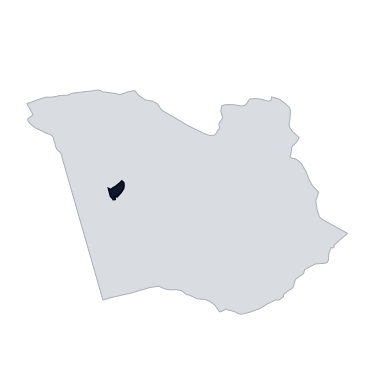 location of Kalungu within Uganda, rotated 74°
{"feature_id": "UGA-5620", "entity_name": "Kalungu", "entity_type": "District", "adm_level": 1, "iso_a3": "UGA", "parent_name": "Uganda", "parent_adm1": "", "projection": "orthographic", "projection_center": [31.834, -0.095], "detail": "fine", "context": "in_parent", "style": "filled", "palette": "ink", "viewbox_px": 384, "rotation_deg": 74, "n_neighbors": 0, "source": "natural_earth", "source_scale": "10m", "svg_char_len": 2656}
<svg xmlns="http://www.w3.org/2000/svg" viewBox="0 0 384 384"><g transform="rotate(74 192 192)"><path d="M271.3,307.4L266.0,307.4L257.4,307.4L248.8,307.4L240.2,307.4L231.5,307.4L222.9,307.4L214.3,307.4L205.6,307.4L197.0,307.4L188.4,307.4L179.7,307.4L171.1,307.4L162.5,307.4L153.8,307.4L145.2,307.4L136.6,307.4L127.9,307.4L122.8,307.4L121.8,307.2L121.1,307.0L117.8,307.6L114.5,309.8L110.9,310.6L107.1,310.3L106.6,310.5L104.6,310.5L101.8,310.3L99.3,310.9L97.4,312.8L95.4,315.9L91.9,319.6L89.1,322.9L86.8,325.2L81.4,329.0L78.4,330.1L77.0,329.9L76.1,329.2L74.4,324.3L73.4,323.6L62.9,326.1L61.3,326.1L61.5,324.6L60.7,313.2L60.6,306.2L61.9,301.8L62.7,296.7L62.8,292.3L64.7,284.7L64.0,280.1L66.5,264.2L67.1,261.6L68.1,253.9L69.7,251.5L71.0,250.6L72.8,245.9L76.3,238.3L78.6,234.5L78.1,226.0L78.5,220.2L79.0,218.9L84.1,216.8L90.7,211.4L93.5,205.1L97.4,201.1L105.0,198.5L127.6,177.0L138.1,165.4L142.7,159.4L142.8,157.3L143.7,154.5L141.9,152.3L139.7,150.3L139.0,148.5L137.1,147.6L134.4,147.6L132.6,146.3L130.6,143.6L128.6,142.0L122.2,142.1L117.2,139.5L117.3,135.8L119.2,128.7L123.0,120.5L123.2,118.2L122.7,116.3L121.8,114.6L120.1,113.0L118.5,111.0L119.7,105.1L122.1,99.4L124.0,96.5L125.9,93.2L125.4,90.6L122.6,89.3L124.1,86.7L127.0,82.3L132.8,77.9L137.8,75.0L141.2,75.0L147.8,77.3L153.7,80.1L157.0,80.2L160.9,79.0L169.1,74.1L171.1,75.7L173.5,78.7L176.1,83.6L181.3,85.8L183.7,87.4L185.5,87.9L186.5,87.5L188.5,83.6L190.8,81.5L195.2,78.8L204.8,76.7L211.7,76.1L214.6,75.6L219.5,74.3L227.2,70.4L234.8,75.5L243.1,76.5L251.1,76.5L253.5,74.9L254.9,73.7L263.3,65.3L274.6,53.9L282.2,70.0L284.8,70.9L284.4,72.3L283.8,73.6L288.8,77.5L294.9,79.5L297.0,81.5L297.2,83.7L295.2,93.1L295.6,95.7L297.6,105.1L301.2,107.2L304.5,116.7L311.0,120.7L311.9,121.9L313.4,126.5L315.4,131.5L317.0,132.7L317.9,133.0L319.9,138.3L318.8,141.3L320.3,150.4L322.7,158.6L323.4,168.3L323.4,172.6L323.4,175.2L322.8,178.9L321.7,181.0L319.6,183.1L317.3,186.4L315.3,189.9L314.0,191.6L315.0,196.9L314.8,198.3L314.2,198.9L311.3,199.7L307.5,201.1L305.2,202.5L302.0,205.2L299.4,208.1L296.0,216.6L290.2,223.2L289.3,225.4L283.9,229.3L281.5,234.2L280.0,240.1L277.9,244.4L273.3,250.3L272.2,259.5L272.4,278.0L271.2,299.1L271.3,307.4Z" fill="#d9dde1" stroke="#a8b0b8" stroke-width="1"/><path d="M171.9,259.0L173.1,260.4L175.8,264.8L175.0,265.2L175.7,265.5L176.0,265.5L175.8,266.2L175.4,268.2L177.1,267.6L177.5,267.6L178.0,267.9L178.0,268.6L177.7,269.9L175.8,270.5L173.7,271.6L165.4,271.4L166.8,269.8L167.0,268.7L166.1,266.7L165.7,264.5L164.8,262.4L163.7,259.8L163.0,258.2L161.9,256.4L163.0,255.7L164.2,255.0L167.1,255.5L168.9,256.3L169.8,256.7L171.9,259.0Z" fill="#0f172a" stroke="#020617" stroke-width="1.5"/></g></svg>